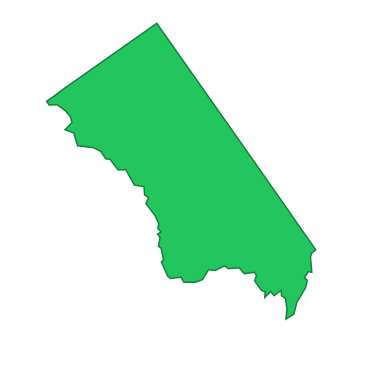 the district of Rich, Utah, United States of America, rotated 325°
{"feature_id": "52423323B55148108607943", "entity_name": "Rich", "entity_type": "district", "adm_level": 2, "iso_a3": "USA", "parent_name": "United States of America", "parent_adm1": "Utah", "projection": "natural_earth1", "projection_center": [-111.327, 41.572], "detail": "fine", "context": "isolated", "style": "filled", "palette": "green", "viewbox_px": 384, "rotation_deg": 325, "n_neighbors": 0, "source": "geoboundaries", "source_scale": "gbopen_adm2", "svg_char_len": 1103}
<svg xmlns="http://www.w3.org/2000/svg" viewBox="0 0 384 384"><g transform="rotate(325 192 192)"><path d="M260.3,189.1L260.1,115.4L259.9,33.6L151.8,33.9L150.3,33.9L149.0,33.8L135.5,34.3L125.0,34.3L124.9,34.3L124.9,38.8L131.7,43.2L135.0,53.5L135.5,60.6L133.5,66.3L123.7,68.1L129.0,75.8L124.8,88.5L136.7,99.2L140.6,106.5L140.4,115.4L143.7,118.3L144.1,131.5L150.5,135.7L148.8,153.4L155.8,160.0L151.5,167.2L153.3,171.6L147.6,175.0L148.2,189.6L146.7,198.8L143.1,202.2L143.8,207.0L139.7,206.7L139.8,210.9L133.5,217.1L134.4,220.5L130.0,231.0L126.8,231.7L123.8,247.0L124.7,250.4L134.2,255.5L133.6,261.3L142.9,267.8L150.3,269.8L161.0,265.1L166.1,269.6L176.4,271.2L177.8,275.6L187.2,281.3L188.0,288.9L197.0,293.6L197.1,297.2L192.4,300.8L192.4,312.4L194.7,315.8L191.2,320.1L199.4,318.7L199.8,324.0L208.7,323.7L205.8,328.3L207.6,332.6L202.6,342.4L196.0,350.0L205.5,350.4L214.3,342.7L230.2,335.5L235.9,330.2L234.8,326.8L241.5,323.9L244.1,326.5L251.7,313.3L255.1,310.7L260.2,310.3L260.2,310.2L260.2,297.7L260.2,270.0L260.3,263.7L260.3,194.4L260.3,189.1Z" fill="#22c55e" stroke="#15803d" stroke-width="1.5"/></g></svg>